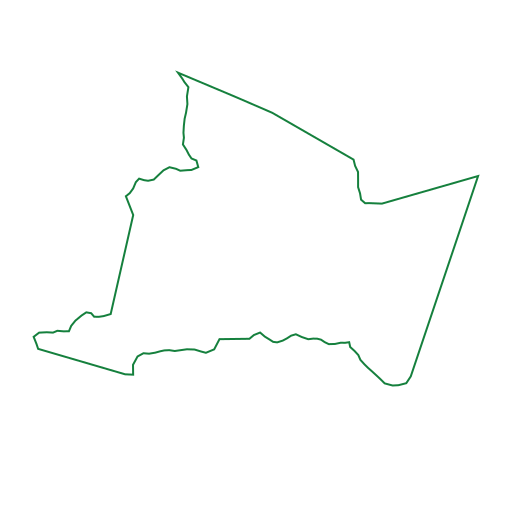 Gurjão, Paraíba, Brazil (Equal Earth projection), rotated 17°
{"feature_id": "56859067B53203930755838", "entity_name": "Gurjão", "entity_type": "district", "adm_level": 2, "iso_a3": "BRA", "parent_name": "Brazil", "parent_adm1": "Paraíba", "projection": "equal_earth", "projection_center": [-36.483, -7.267], "detail": "fine", "context": "isolated", "style": "outline", "palette": "green", "viewbox_px": 512, "rotation_deg": 17, "n_neighbors": 0, "source": "geoboundaries", "source_scale": "gbopen_adm2", "svg_char_len": 1583}
<svg xmlns="http://www.w3.org/2000/svg" viewBox="0 0 512 512"><g transform="rotate(17 256 256)"><path d="M445.0,114.6L361.1,169.1L349.3,172.2L344.9,173.6L340.0,171.4L337.2,165.7L333.5,160.3L331.3,153.1L329.0,145.8L324.4,140.8L321.1,135.3L229.6,114.3L191.3,110.0L127.8,103.5L133.5,107.8L136.7,110.6L142.0,114.3L143.3,123.6L146.0,130.8L147.2,139.5L147.6,145.5L148.9,152.4L150.6,159.4L152.5,164.0L153.5,170.7L158.6,175.0L162.2,178.7L165.8,181.6L171.1,182.1L174.8,187.9L169.1,192.6L165.2,194.0L158.6,196.6L154.0,196.0L147.3,196.4L142.5,201.1L138.9,207.4L135.9,212.8L130.8,215.6L126.8,216.2L121.6,216.2L119.5,220.5L118.8,227.3L116.9,232.8L114.1,236.9L126.6,252.7L134.0,354.0L127.9,358.0L123.5,360.1L119.0,361.4L115.1,358.9L110.2,359.5L106.6,363.9L102.2,370.6L99.7,376.8L99.1,382.7L93.6,384.4L87.9,385.6L84.3,388.6L78.2,390.1L71.0,392.7L67.0,398.3L71.8,404.3L74.8,408.5L165.4,407.4L173.2,405.4L170.2,396.0L172.1,386.7L176.8,381.9L182.3,380.7L187.9,377.9L192.3,375.1L195.9,373.1L200.6,371.4L206.1,370.6L217.2,365.4L224.6,363.4L231.5,363.4L236.4,363.2L243.3,357.5L245.4,346.2L273.9,337.1L277.1,332.2L282.3,328.0L288.0,330.5L293.7,332.0L297.5,333.1L301.5,332.4L306.3,329.1L309.7,325.7L312.9,321.9L317.0,319.2L323.5,320.1L330.3,320.3L334.8,318.3L338.6,317.2L342.6,317.0L346.9,318.3L351.4,319.0L357.3,317.0L362.5,314.1L366.5,313.0L370.3,311.2L372.7,315.5L378.0,318.0L382.8,320.8L386.2,324.8L391.4,327.9L395.8,330.2L400.2,332.2L406.1,335.0L411.2,337.5L416.3,340.2L424.5,339.9L430.0,337.9L436.9,333.7L439.2,325.9L443.6,166.5L445.0,114.6Z" fill="none" stroke="#15803d" stroke-width="2"/></g></svg>